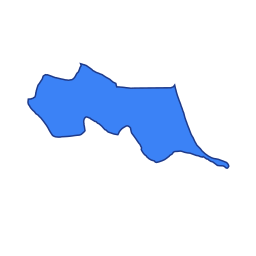 the district of Rashid, Al Buhayrah, Egypt, rotated 141°
{"feature_id": "37247803B15072818430421", "entity_name": "Rashid", "entity_type": "district", "adm_level": 2, "iso_a3": "EGY", "parent_name": "Egypt", "parent_adm1": "Al Buhayrah", "projection": "robinson", "projection_center": [30.428, 31.379], "detail": "fine", "context": "isolated", "style": "filled", "palette": "blue", "viewbox_px": 256, "rotation_deg": 141, "n_neighbors": 0, "source": "geoboundaries", "source_scale": "gbopen_adm2", "svg_char_len": 4588}
<svg xmlns="http://www.w3.org/2000/svg" viewBox="0 0 256 256"><g transform="rotate(141 128 128)"><path d="M187.3,213.2L187.7,212.8L189.5,211.0L190.4,209.4L190.6,207.8L190.6,206.8L190.8,206.4L191.0,204.4L190.9,202.6L190.8,201.4L190.5,199.8L190.5,198.3L190.6,197.2L190.3,196.3L190.0,195.4L189.7,194.3L189.7,192.6L189.5,191.6L189.4,190.8L189.4,187.3L189.5,184.7L189.6,183.2L189.7,181.2L190.1,178.2L190.5,176.4L190.8,174.4L191.0,173.2L191.1,172.1L191.3,170.0L191.1,169.0L190.6,167.9L189.8,166.7L188.3,165.2L187.3,164.3L186.4,163.7L186.2,163.5L184.8,162.8L183.8,162.0L180.3,159.5L179.4,158.9L179.1,158.7L176.6,157.1L174.2,155.7L172.0,154.3L170.4,153.2L169.5,152.8L168.4,152.5L166.6,152.5L164.0,152.7L163.1,153.0L162.7,153.7L161.7,155.4L160.8,156.9L160.2,158.3L159.6,158.9L158.7,160.5L157.6,161.7L156.5,162.5L156.4,162.5L155.3,163.0L154.6,163.0L153.6,163.0L153.1,162.5L152.5,161.6L152.2,161.0L151.3,159.5L151.3,158.8L150.6,156.9L150.3,156.1L149.6,154.0L149.3,153.6L148.9,153.2L148.8,152.9L148.7,152.6L148.7,151.8L148.6,150.9L148.0,149.8L147.7,148.8L147.2,145.8L147.1,142.9L147.0,141.3L146.4,140.3L146.2,138.8L146.0,137.5L145.3,136.3L144.4,134.9L142.8,132.3L141.1,130.3L140.1,129.2L139.8,129.3L139.0,129.6L138.3,130.0L137.0,130.6L134.8,131.1L132.9,131.3L130.8,131.1L128.9,130.8L127.7,130.5L127.3,130.2L126.8,129.6L126.5,129.0L126.5,128.9L126.4,128.8L126.2,128.2L126.1,127.5L126.0,126.6L126.3,126.0L127.1,124.5L127.9,122.9L128.3,121.8L128.4,120.1L128.5,117.5L128.7,114.3L128.9,112.2L129.1,109.6L129.0,107.6L129.5,106.0L129.7,104.7L130.0,104.0L131.3,102.9L131.6,101.5L131.9,99.0L131.9,96.8L131.6,95.9L131.3,94.9L131.5,94.3L131.5,93.5L131.2,92.4L131.2,91.6L131.0,90.9L130.1,88.5L128.9,86.7L128.2,85.7L128.3,84.9L128.2,84.3L127.5,83.3L126.0,82.6L125.7,82.4L122.1,81.1L119.4,80.4L116.7,80.2L115.3,80.2L114.0,80.1L112.9,80.4L110.1,80.0L108.0,80.6L107.2,80.5L106.3,80.2L104.1,78.6L102.4,77.5L101.8,77.1L101.3,76.5L100.8,75.9L100.5,75.4L100.0,74.6L99.3,73.5L97.5,71.3L95.6,69.4L92.2,63.7L90.5,61.8L90.5,61.5L89.8,60.2L88.4,58.5L87.6,58.5L86.9,56.4L86.4,54.5L85.4,53.4L85.4,52.5L85.3,52.1L84.6,49.9L83.5,48.4L83.3,47.6L82.6,44.9L82.1,42.7L80.5,41.0L79.1,39.8L78.1,38.9L77.9,38.6L77.6,38.1L77.3,37.4L77.1,36.3L76.9,35.2L76.4,34.6L76.1,34.3L75.3,34.3L73.7,34.9L73.2,36.1L73.1,36.8L73.0,37.4L73.1,39.1L74.3,41.3L74.7,42.1L76.3,44.7L76.6,45.3L77.5,46.8L79.0,48.6L80.6,50.4L81.6,52.0L81.9,52.5L83.3,55.8L83.4,56.3L83.9,58.1L84.3,59.6L84.4,60.4L84.9,63.6L84.8,66.3L85.3,71.3L84.9,73.4L84.6,75.4L83.5,79.6L83.3,81.4L82.9,83.5L81.8,86.9L81.0,89.2L80.5,90.9L79.7,93.4L78.8,95.8L78.5,96.8L78.3,97.4L77.2,100.4L76.0,103.0L75.2,104.7L74.6,106.8L73.8,108.8L73.3,110.3L72.8,111.9L72.2,113.3L71.6,115.1L71.3,116.1L70.8,117.6L70.3,118.9L69.7,120.7L69.0,122.6L67.7,125.7L67.0,127.1L66.2,129.0L64.7,132.0L65.9,131.7L66.9,131.5L68.1,131.9L69.1,132.2L69.5,132.4L69.8,132.6L70.3,133.0L77.2,138.5L96.8,154.1L98.6,155.5L99.8,156.4L101.3,157.6L101.4,157.8L104.3,160.7L105.2,161.7L106.6,163.1L108.1,164.5L109.0,165.4L110.0,166.3L110.9,167.1L109.8,169.5L109.4,170.3L110.6,172.8L110.8,173.2L110.8,173.5L111.1,174.8L111.3,175.9L111.4,176.8L111.5,177.1L111.6,177.5L112.3,179.3L112.9,180.7L113.5,182.3L113.6,182.8L114.1,184.2L114.4,185.4L114.6,185.9L115.3,187.0L115.5,187.3L116.2,188.7L116.4,189.1L117.2,190.3L117.4,190.7L118.1,192.0L118.2,192.6L119.2,194.9L119.3,196.4L119.4,196.6L119.8,198.3L120.5,200.7L120.9,202.2L121.2,203.0L121.4,203.3L122.1,204.4L122.3,204.8L122.9,205.5L123.2,206.0L123.5,206.5L123.8,206.9L124.0,207.2L124.4,207.8L124.6,207.2L125.0,206.4L125.4,205.8L127.0,205.3L128.6,204.3L129.4,203.8L131.1,202.9L131.4,202.8L132.3,202.7L133.2,202.7L134.9,202.0L137.0,201.1L138.4,200.8L139.4,200.6L139.7,200.7L141.1,200.8L142.1,201.4L142.4,201.6L142.6,201.7L143.2,202.0L143.5,202.2L144.1,202.5L144.8,203.2L145.0,203.5L145.5,204.0L146.4,204.8L146.6,205.1L147.9,206.8L149.1,208.2L150.0,209.4L151.0,210.7L151.7,211.6L151.9,211.8L152.2,212.3L153.0,213.1L153.4,213.9L153.6,214.3L153.9,214.6L154.3,215.4L154.8,216.3L155.2,216.9L155.6,217.6L156.1,218.4L156.6,219.2L157.0,219.9L157.9,220.6L158.6,221.4L160.9,221.7L161.1,221.7L161.7,221.4L162.4,221.0L162.6,220.8L162.9,220.6L163.3,220.4L163.9,220.0L164.5,219.8L166.2,219.3L167.0,219.0L167.7,218.8L168.5,218.5L168.9,218.4L169.8,218.2L170.6,218.0L170.9,217.9L171.6,217.5L172.3,217.0L172.7,216.8L174.0,215.9L175.3,215.0L176.0,214.5L176.5,214.0L177.4,213.4L178.4,212.4L179.4,211.6L180.4,210.9L180.8,210.8L181.2,210.6L181.9,210.9L182.4,210.9L182.9,210.9L183.1,210.9L183.6,211.1L183.8,211.2L184.9,211.7L185.1,211.6L187.3,213.2Z" fill="#3b82f6" stroke="#1e3a8a" stroke-width="1.5"/></g></svg>